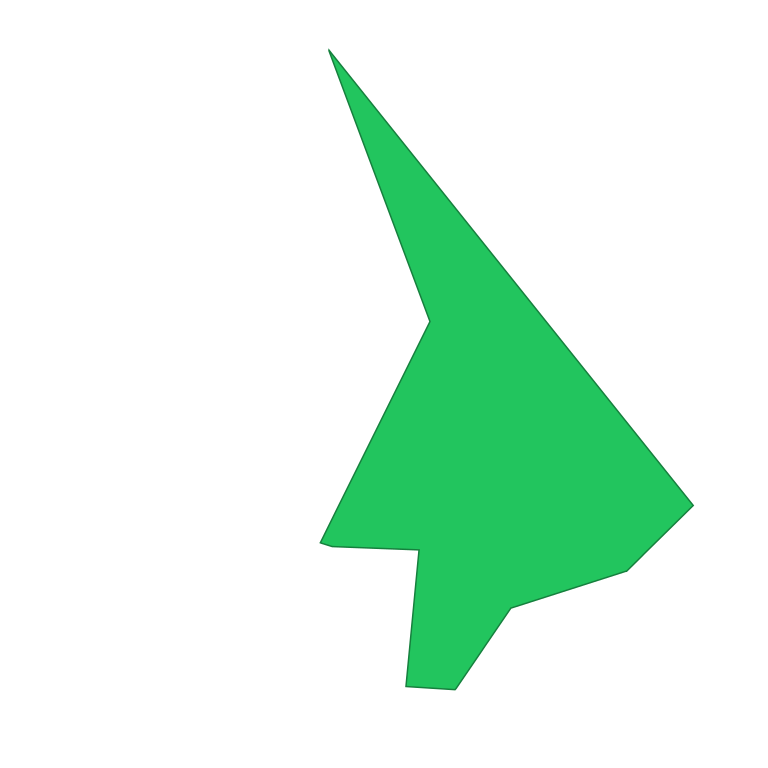 the district of Zemam Out, Al Iskandariyah, Egypt, rotated 142°
{"feature_id": "37247803B99104887182997", "entity_name": "Zemam Out", "entity_type": "district", "adm_level": 2, "iso_a3": "EGY", "parent_name": "Egypt", "parent_adm1": "Al Iskandariyah", "projection": "orthographic", "projection_center": [29.809, 30.516], "detail": "fine", "context": "isolated", "style": "filled", "palette": "green", "viewbox_px": 768, "rotation_deg": 142, "n_neighbors": 0, "source": "geoboundaries", "source_scale": "gbopen_adm2", "svg_char_len": 511}
<svg xmlns="http://www.w3.org/2000/svg" viewBox="0 0 768 768"><g transform="rotate(142 384 384)"><path d="M516.2,99.4L514.6,99.7L472.9,113.0L464.3,115.8L422.0,129.3L421.9,129.3L421.5,129.1L308.6,87.5L308.2,87.1L286.7,89.6L283.9,90.0L215.1,97.9L221.8,676.0L221.8,677.7L221.8,680.9L222.2,680.5L255.8,574.3L309.3,404.9L499.9,313.5L531.4,298.3L531.9,298.1L531.4,297.2L524.9,287.8L508.1,273.6L458.5,231.7L551.6,133.5L552.9,132.1L551.6,130.9L516.2,99.4Z" fill="#22c55e" stroke="#15803d" stroke-width="1.5"/></g></svg>